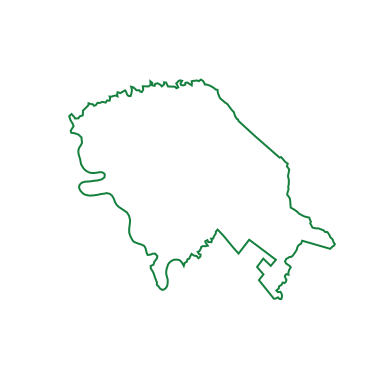 the district of Chopinzinho, Paraná, Brazil, rotated 221°
{"feature_id": "56859067B45195642460777", "entity_name": "Chopinzinho", "entity_type": "district", "adm_level": 2, "iso_a3": "BRA", "parent_name": "Brazil", "parent_adm1": "Paraná", "projection": "mercator", "projection_center": [-52.452, -25.795], "detail": "fine", "context": "isolated", "style": "outline", "palette": "green", "viewbox_px": 384, "rotation_deg": 221, "n_neighbors": 0, "source": "geoboundaries", "source_scale": "gbopen_adm2", "svg_char_len": 4398}
<svg xmlns="http://www.w3.org/2000/svg" viewBox="0 0 384 384"><g transform="rotate(221 192 192)"><path d="M232.9,133.3L227.8,133.9L224.0,132.8L220.7,130.5L219.5,129.2L217.5,126.4L215.5,123.3L212.8,120.2L210.8,118.9L208.6,117.8L205.1,116.5L203.3,116.3L201.5,116.8L198.7,117.8L195.1,119.4L192.8,119.9L190.9,119.4L189.0,118.3L186.1,116.2L184.2,115.4L182.2,117.6L181.0,119.9L179.3,121.3L176.1,120.9L174.9,118.9L174.6,114.5L173.4,111.9L174.7,109.0L172.8,107.2L170.8,106.7L168.1,105.7L165.6,104.3L164.1,103.3L159.2,100.8L157.5,98.8L155.8,98.9L153.0,98.2L150.4,98.5L149.3,99.9L148.7,101.8L149.0,104.5L150.4,107.0L152.7,109.8L157.5,113.1L159.1,114.8L160.4,116.8L162.3,121.0L162.7,122.8L162.6,125.1L162.0,127.2L161.3,128.9L159.5,130.7L157.0,132.3L154.5,132.4L152.3,131.8L149.7,130.8L151.0,133.6L150.2,136.0L151.3,138.3L150.3,139.8L151.0,141.8L151.7,145.0L148.9,145.3L146.4,146.7L143.8,146.2L143.3,148.6L144.4,150.4L146.1,149.8L148.4,150.6L147.6,152.2L148.1,154.8L149.0,156.6L148.2,158.4L146.2,160.0L144.8,161.8L148.2,162.6L149.7,163.5L148.8,165.8L146.9,164.9L144.4,166.9L145.4,168.7L146.9,169.3L145.5,170.8L146.4,173.0L146.8,176.3L148.0,177.7L148.0,180.4L140.0,179.7L137.5,179.3L123.7,177.0L116.5,176.1L117.5,193.5L108.3,194.2L92.7,195.3L90.7,195.4L84.2,195.9L84.1,187.9L94.5,188.5L93.7,178.1L84.0,176.7L83.7,169.4L60.2,165.2L58.9,166.5L58.0,168.9L55.8,168.7L54.4,169.8L55.7,172.5L57.8,174.1L59.8,174.7L61.4,172.8L63.7,173.0L63.2,176.2L64.4,177.7L63.5,180.9L64.2,183.1L62.4,184.0L62.3,185.8L63.0,187.6L64.8,188.2L66.8,189.4L67.0,191.8L64.9,192.9L66.2,194.1L67.0,195.6L67.7,197.4L68.1,200.0L70.0,200.3L72.1,200.0L74.2,199.8L76.2,200.6L77.0,203.2L76.4,204.9L75.8,206.9L74.4,208.4L74.2,210.2L74.5,213.5L75.0,217.0L76.2,219.3L76.7,221.6L75.8,224.6L76.9,227.5L50.4,239.8L50.3,242.5L49.6,244.6L50.0,246.4L52.1,246.9L54.8,248.5L58.0,248.6L60.1,249.7L63.5,250.6L65.5,249.1L67.4,249.4L70.2,248.4L72.5,247.6L75.0,245.6L77.7,244.2L82.2,245.9L82.8,247.6L85.1,248.6L86.7,249.6L91.1,247.3L94.3,246.5L97.3,245.9L99.8,246.1L102.6,245.9L105.2,245.4L107.3,245.0L109.3,247.0L112.8,250.4L114.8,251.7L118.4,252.4L119.5,254.2L121.0,257.5L122.6,258.8L124.1,261.4L127.0,264.8L129.9,266.9L133.4,272.8L137.3,273.7L138.3,276.2L141.7,275.9L143.9,276.3L147.7,276.8L148.5,275.4L174.0,275.5L180.2,275.5L203.4,276.1L204.8,276.9L206.4,276.6L209.6,277.7L212.7,279.7L215.8,280.0L220.5,281.0L222.1,281.5L224.2,281.5L226.5,281.1L228.1,281.3L230.1,281.1L232.7,281.3L237.1,283.5L239.8,285.8L241.6,284.8L243.9,284.9L247.4,284.2L249.6,283.5L251.5,282.7L252.9,281.5L254.4,282.4L256.3,283.0L259.0,282.7L259.5,280.2L261.4,279.4L263.4,277.3L264.9,275.4L263.7,274.3L262.2,272.3L264.9,271.9L267.3,271.6L268.6,270.0L267.5,268.5L268.6,266.7L270.3,265.6L271.9,266.3L272.4,269.4L274.2,268.5L275.0,266.9L275.1,263.6L272.6,262.7L271.0,261.9L271.8,260.1L273.9,260.3L275.3,259.2L277.2,257.6L279.4,255.9L283.4,257.6L285.0,256.4L283.6,254.7L284.1,251.9L286.0,252.2L289.3,251.5L290.7,249.5L289.9,247.6L292.0,246.4L293.6,248.3L296.0,248.2L293.6,245.9L294.0,243.2L296.7,241.0L298.5,239.5L296.0,237.3L295.4,234.6L297.0,233.8L298.6,234.2L300.5,232.4L302.6,232.5L305.0,232.5L307.0,231.5L304.8,230.1L303.5,228.5L302.2,226.3L301.3,224.1L303.0,222.8L305.1,223.0L307.1,224.2L309.2,224.8L309.9,222.7L311.0,219.6L313.6,218.5L312.6,216.7L311.0,215.3L312.9,214.8L314.2,213.1L315.4,211.0L316.8,210.0L315.3,209.0L314.1,206.9L316.2,205.3L315.8,202.9L318.8,201.2L320.1,198.6L321.8,197.4L321.6,194.3L322.6,192.7L324.4,193.2L325.7,192.2L328.3,191.1L327.1,189.4L327.3,187.0L327.4,184.9L327.7,181.9L326.4,180.3L324.7,178.1L326.3,175.6L326.1,173.0L328.5,170.7L330.2,171.4L332.2,171.6L334.1,171.8L334.4,168.6L330.8,166.5L326.4,165.1L324.5,163.9L324.2,161.3L323.7,158.6L322.0,157.5L319.6,159.1L315.6,160.8L311.2,160.7L309.7,159.2L307.3,157.0L306.5,154.4L306.4,152.5L305.7,150.1L304.7,148.4L303.3,146.9L301.4,145.5L298.0,143.4L294.1,140.3L292.1,139.5L290.1,138.9L288.4,138.5L285.8,138.5L283.4,139.0L281.7,139.6L280.1,140.6L278.3,142.1L274.5,146.5L273.0,147.8L271.1,148.3L269.4,148.1L267.7,145.6L268.3,142.5L270.5,139.2L273.0,136.5L275.9,133.1L277.4,131.7L279.5,129.5L281.0,127.3L281.5,125.1L281.4,123.3L280.1,121.2L277.6,119.9L275.2,119.5L272.7,119.4L270.8,119.9L267.3,121.8L263.9,125.0L262.8,126.4L261.0,128.4L259.9,130.1L256.8,133.6L255.8,135.1L252.8,136.7L250.1,136.8L247.2,135.9L243.2,133.8L240.1,132.8L237.5,132.7L232.9,133.3Z" fill="none" stroke="#15803d" stroke-width="2"/></g></svg>